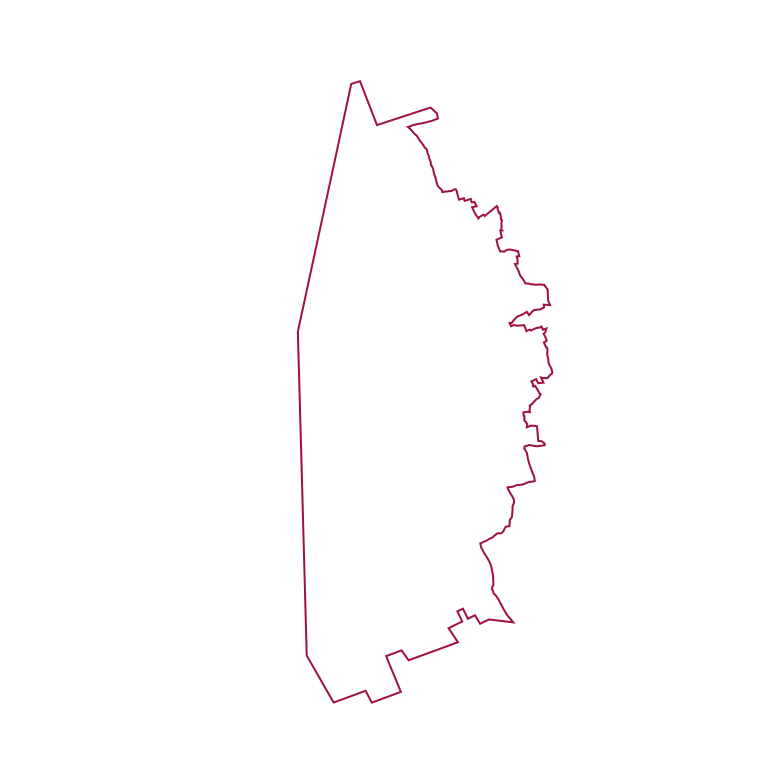 the district of Chemax, Yucatán, Mexico, rotated 154°
{"feature_id": "50627088B8241374845255", "entity_name": "Chemax", "entity_type": "district", "adm_level": 2, "iso_a3": "MEX", "parent_name": "Mexico", "parent_adm1": "Yucatán", "projection": "equal_earth", "projection_center": [-87.917, 20.732], "detail": "fine", "context": "isolated", "style": "outline", "palette": "rose", "viewbox_px": 768, "rotation_deg": 154, "n_neighbors": 0, "source": "geoboundaries", "source_scale": "gbopen_adm2", "svg_char_len": 6141}
<svg xmlns="http://www.w3.org/2000/svg" viewBox="0 0 768 768"><g transform="rotate(154 384 384)"><path d="M572.5,173.8L568.9,119.8L535.0,116.3L534.7,103.0L503.8,99.9L502.0,128.6L501.4,138.5L485.0,136.9L483.9,130.5L483.0,124.9L430.7,119.5L433.0,136.2L425.1,136.3L423.3,136.2L422.8,136.3L417.8,136.2L417.7,147.5L411.5,147.4L411.5,136.2L403.6,136.3L402.7,126.3L398.1,126.4L392.8,126.3L372.3,113.1L374.8,123.1L374.9,124.5L375.0,126.4L375.2,128.7L375.4,135.4L375.4,136.0L375.5,136.6L375.5,140.6L375.7,141.4L376.0,143.1L376.1,144.6L376.5,145.6L377.3,148.0L376.7,150.3L376.8,151.0L376.8,151.7L376.7,152.3L376.6,152.8L376.3,153.4L376.0,153.7L375.6,154.0L375.4,154.4L374.9,154.7L374.5,154.8L374.2,154.9L373.6,155.7L372.0,159.3L371.6,160.3L371.0,161.7L370.3,163.3L369.9,164.3L369.5,165.7L368.8,168.3L368.6,169.3L367.9,171.8L367.4,174.5L367.2,176.8L367.2,179.5L367.4,182.5L367.5,183.6L367.7,185.4L367.9,186.8L368.1,187.7L368.2,189.0L368.1,191.9L368.3,192.8L368.4,194.1L368.1,194.7L367.9,195.7L367.7,197.3L367.3,198.5L366.8,198.4L365.0,198.4L364.3,198.4L363.4,198.4L361.6,198.3L359.6,198.4L358.0,198.6L356.5,198.7L355.1,198.5L354.1,198.6L352.7,198.8L350.0,199.6L347.2,200.0L346.7,199.9L345.6,199.1L344.7,198.6L344.0,198.5L342.6,198.7L341.9,199.2L340.8,199.6L339.7,200.6L338.8,201.3L338.1,201.7L337.6,202.0L337.2,202.1L336.6,202.2L336.1,202.1L335.0,201.8L334.3,201.4L333.5,201.2L333.1,202.1L332.7,202.7L332.4,203.3L331.9,204.1L331.3,205.0L331.2,205.7L330.2,206.9L329.5,207.2L328.2,207.7L327.4,208.5L326.5,209.7L325.4,211.5L324.6,213.2L323.9,213.8L323.5,214.8L323.4,215.4L322.7,216.4L322.4,217.0L322.1,217.5L321.1,218.8L320.5,219.1L319.7,219.9L319.3,220.4L318.8,221.0L318.0,222.7L317.9,223.5L317.9,224.5L318.0,225.1L317.9,226.6L318.1,228.2L318.2,229.3L318.4,230.8L318.4,233.1L318.6,234.2L318.4,236.6L318.3,237.0L317.8,236.9L315.2,235.8L313.0,235.2L309.0,234.9L304.5,233.2L301.9,232.6L300.0,232.7L297.5,232.5L291.1,230.6L290.8,231.2L290.6,232.0L289.9,234.2L289.5,236.1L289.5,238.6L288.7,246.1L288.4,248.8L287.9,251.1L287.8,251.9L287.4,253.9L286.7,256.0L286.0,258.7L285.8,259.5L286.0,261.7L286.0,262.6L286.0,263.5L286.2,264.7L285.0,266.3L284.6,266.1L283.2,265.8L281.7,265.7L280.8,265.6L280.0,265.3L278.6,264.5L278.1,263.9L276.7,262.9L274.0,261.1L273.7,261.0L272.5,260.5L271.2,260.1L266.4,258.5L265.7,259.9L267.3,263.3L270.3,265.3L265.0,278.9L266.5,280.1L268.5,281.3L269.2,281.5L270.2,282.2L272.5,282.3L274.6,282.4L274.0,283.5L272.7,285.1L273.2,286.8L272.9,287.4L273.8,289.0L273.6,289.9L273.5,291.0L272.9,291.2L271.9,293.6L272.4,294.0L271.2,297.4L267.6,296.2L267.2,296.2L265.7,295.4L265.8,295.1L265.2,294.7L265.0,295.1L264.6,296.7L263.6,298.3L263.1,298.8L262.8,299.5L262.5,300.1L262.5,300.7L261.9,300.8L261.2,301.1L260.2,301.0L259.3,301.3L255.2,303.0L253.0,303.6L251.6,303.6L251.0,303.7L248.6,305.5L247.8,306.0L247.8,306.6L248.0,307.0L248.4,307.5L248.3,308.8L248.5,311.7L248.9,315.5L248.9,316.0L249.5,316.1L250.5,316.1L251.5,316.1L251.6,315.9L250.1,318.3L250.4,321.7L245.2,321.7L245.1,319.9L245.1,317.1L243.4,316.5L242.7,316.3L240.4,315.4L240.1,315.3L240.1,316.5L240.1,318.7L240.0,321.0L239.3,320.3L238.4,319.5L237.5,319.3L236.7,318.6L234.5,317.6L233.9,318.0L232.6,318.4L231.9,318.8L230.5,319.3L229.8,319.5L228.9,319.8L228.2,320.0L227.9,320.0L227.5,320.7L227.4,321.7L227.1,322.8L226.8,324.5L227.0,328.4L227.0,329.9L226.8,330.3L226.7,331.3L225.3,334.8L225.2,335.6L224.8,337.0L224.7,337.5L224.4,338.8L224.0,339.9L223.7,340.5L222.9,341.5L221.6,344.2L221.6,345.6L222.2,345.9L222.2,349.6L222.1,350.4L222.0,351.3L221.4,351.2L220.8,351.1L220.1,351.5L218.8,351.5L218.5,353.0L218.4,354.2L218.5,355.0L218.4,356.5L218.6,359.0L218.2,359.4L217.1,359.5L215.6,360.4L215.3,361.0L214.5,361.7L214.2,362.2L213.7,362.7L217.4,363.2L217.3,364.3L217.4,366.7L219.1,366.4L222.3,367.5L227.1,367.7L228.5,367.6L229.2,369.0L232.8,369.1L232.2,375.4L237.8,377.6L239.2,378.3L241.4,380.1L244.4,380.2L244.5,382.8L244.3,383.9L243.7,383.6L243.2,383.3L242.5,382.9L240.6,383.8L240.0,384.2L237.2,385.3L235.9,385.9L233.9,386.2L230.0,385.8L224.0,386.2L223.5,382.3L222.9,382.5L222.0,383.0L219.9,383.6L219.2,384.2L217.7,384.3L216.2,384.8L215.7,384.3L214.7,383.9L213.2,383.5L210.9,382.5L206.6,382.7L205.6,385.3L200.2,382.1L199.9,386.9L197.7,392.2L195.5,397.2L196.5,403.0L198.8,404.1L200.0,405.1L203.8,406.5L207.4,408.8L208.5,409.5L209.6,410.6L213.0,412.6L212.9,413.4L212.9,415.9L213.6,419.4L214.1,422.0L213.5,426.0L213.7,434.5L211.1,433.6L209.5,437.2L208.9,440.4L206.4,439.5L205.8,442.6L205.3,444.6L206.4,445.1L206.6,445.5L207.3,446.2L210.9,448.9L211.9,449.7L214.1,450.5L214.8,450.5L216.0,450.7L217.9,450.2L219.3,451.2L221.5,452.2L221.3,454.9L221.1,458.4L220.4,461.0L219.7,464.3L213.7,464.2L213.2,467.1L212.1,471.0L210.5,470.3L210.8,471.2L210.2,472.6L209.4,473.8L208.7,475.3L208.2,476.6L207.4,478.0L206.8,478.8L206.1,479.6L206.7,480.5L205.2,484.3L204.9,486.6L205.6,486.8L205.0,488.2L205.6,488.5L205.1,491.7L204.9,492.3L204.4,492.8L204.6,494.5L219.8,490.8L220.3,492.5L224.1,492.4L224.9,492.2L226.7,491.4L226.7,492.2L226.7,493.2L226.8,493.7L227.1,494.7L227.5,497.8L227.4,499.1L227.3,504.4L222.8,503.1L222.9,507.9L225.6,508.9L224.8,512.3L231.2,513.2L231.2,514.3L230.8,516.0L235.8,516.8L235.1,520.8L234.7,522.5L234.5,523.8L234.2,524.7L234.0,525.6L234.2,527.7L235.5,528.1L237.8,528.0L239.4,528.0L240.6,528.8L242.7,529.2L243.3,529.7L245.5,530.3L247.5,531.0L246.9,532.8L248.3,536.5L248.9,538.6L247.7,545.4L247.3,547.0L247.1,547.4L247.1,548.3L247.1,549.6L246.6,551.7L246.4,553.2L245.9,554.5L245.6,555.6L245.5,556.5L245.6,557.5L245.5,558.3L245.7,560.1L245.5,561.1L245.3,561.8L244.8,562.6L244.6,563.5L244.5,564.4L244.5,565.3L244.4,566.3L244.4,567.0L243.7,569.1L243.6,569.6L243.7,570.2L243.9,571.8L243.4,573.0L243.1,574.2L242.9,575.1L242.8,576.0L242.9,576.4L243.2,577.6L243.7,578.3L243.9,580.5L244.2,583.0L245.1,586.8L245.7,592.9L247.0,595.5L247.5,597.6L249.1,603.0L249.8,604.5L246.9,604.0L245.0,604.1L239.1,602.7L235.9,601.8L232.9,601.0L231.1,600.7L226.5,599.7L224.0,599.4L220.0,599.0L219.1,599.1L217.8,604.2L218.3,605.4L218.6,605.8L219.8,609.3L221.1,612.1L245.5,615.5L276.8,619.8L272.8,666.7L281.9,668.1L329.4,607.5L438.5,468.8L493.9,346.7L572.5,173.8Z" fill="none" stroke="#9f1239" stroke-width="2"/></g></svg>